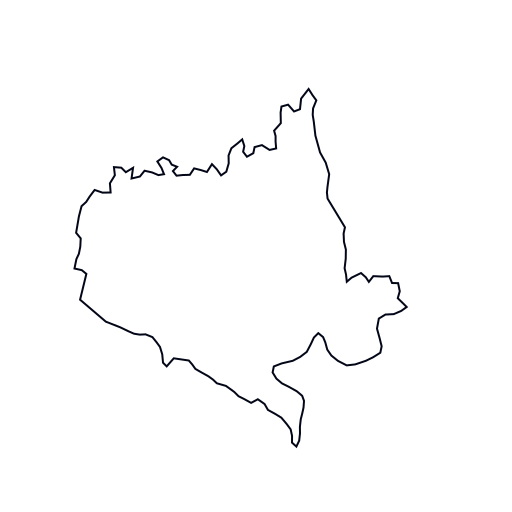 Iraceminha, Santa Catarina, Brazil (Robinson projection), rotated 225°
{"feature_id": "56859067B41079605660592", "entity_name": "Iraceminha", "entity_type": "district", "adm_level": 2, "iso_a3": "BRA", "parent_name": "Brazil", "parent_adm1": "Santa Catarina", "projection": "robinson", "projection_center": [-53.33, -26.856], "detail": "fine", "context": "isolated", "style": "outline", "palette": "ink", "viewbox_px": 512, "rotation_deg": 225, "n_neighbors": 0, "source": "geoboundaries", "source_scale": "gbopen_adm2", "svg_char_len": 2273}
<svg xmlns="http://www.w3.org/2000/svg" viewBox="0 0 512 512"><g transform="rotate(225 256 256)"><path d="M335.4,399.2L328.7,390.9L331.3,385.1L340.3,385.7L343.7,379.7L340.0,374.8L332.4,367.5L331.8,357.4L327.0,354.7L323.0,350.7L317.8,346.3L321.4,340.6L330.2,338.6L334.0,332.0L330.6,326.8L332.6,319.8L338.8,320.6L342.0,325.5L348.2,328.7L348.7,322.4L349.6,314.8L346.5,307.7L340.8,302.2L336.6,294.6L337.7,288.3L345.1,289.6L352.1,289.8L350.1,280.7L355.7,277.8L361.7,274.2L360.2,266.6L365.1,261.4L369.0,256.6L374.8,257.3L374.9,263.3L380.2,261.0L385.2,262.3L391.5,260.0L392.6,253.1L385.0,251.4L378.9,248.8L382.2,244.2L388.6,241.6L395.1,237.5L394.3,230.1L398.8,222.8L405.3,231.4L407.3,223.2L413.7,223.2L419.3,218.4L412.9,213.3L410.7,204.1L403.7,198.1L409.3,192.3L416.8,188.6L415.7,180.6L414.3,174.1L414.6,167.9L409.3,158.9L399.6,145.2L392.4,144.5L386.8,138.3L382.8,132.3L380.8,126.8L375.5,118.8L369.2,122.8L363.3,123.4L349.5,100.7L315.7,103.4L301.5,109.6L293.2,112.5L287.3,114.8L282.6,118.2L278.7,122.5L271.9,125.4L265.4,124.7L259.6,123.8L252.8,120.2L246.3,114.8L241.1,114.8L241.8,125.5L229.6,134.6L224.3,134.2L219.0,133.3L211.9,135.2L204.6,137.3L199.0,138.2L193.7,138.3L185.4,142.9L175.3,144.5L169.2,144.5L163.5,146.4L155.6,148.7L153.4,156.0L145.3,157.4L138.7,155.6L130.8,157.9L123.8,159.6L115.5,158.9L108.9,157.9L103.3,154.3L98.6,149.5L92.7,149.8L94.9,156.0L99.4,161.6L104.2,166.3L108.9,172.2L112.0,177.4L115.2,182.4L119.6,187.5L124.5,189.8L131.5,189.2L140.7,186.6L147.5,184.3L154.8,183.7L161.9,185.4L165.3,190.5L161.9,198.2L155.9,207.9L153.4,215.9L152.3,224.1L154.9,232.4L157.4,239.3L157.4,245.5L151.2,246.1L145.9,243.9L139.4,240.2L132.3,238.9L123.9,239.8L114.5,242.8L109.2,249.5L104.2,259.6L101.6,267.2L99.7,275.5L103.3,281.0L110.3,285.2L119.1,290.2L124.9,298.6L123.1,306.1L117.5,312.3L114.5,319.8L113.4,326.5L119.1,326.5L125.9,326.4L129.4,332.7L136.3,337.3L140.7,333.1L147.5,336.0L151.8,331.1L158.8,324.7L157.9,317.5L163.3,318.6L169.7,318.2L173.1,308.3L173.6,302.0L179.3,306.6L184.7,310.0L190.6,317.5L197.0,324.1L203.8,328.2L210.0,333.9L213.4,339.2L246.0,347.2L250.8,351.1L254.4,355.5L262.1,365.6L272.7,371.3L283.9,374.5L299.1,383.1L310.2,391.9L315.7,395.9L320.0,400.7L323.4,408.7L329.8,409.7L336.9,411.3L335.4,399.2Z" fill="none" stroke="#020617" stroke-width="2"/></g></svg>